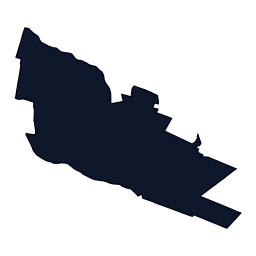 Ciumesti, Satu Mare, Romania
{"feature_id": "2599482B43227453478465", "entity_name": "Ciumesti", "entity_type": "district", "adm_level": 2, "iso_a3": "ROU", "parent_name": "Romania", "parent_adm1": "Satu Mare", "projection": "equal_earth", "projection_center": [22.322, 47.684], "detail": "fine", "context": "isolated", "style": "filled", "palette": "ink", "viewbox_px": 256, "rotation_deg": 0, "n_neighbors": 0, "source": "geoboundaries", "source_scale": "gbopen_adm2", "svg_char_len": 5487}
<svg xmlns="http://www.w3.org/2000/svg" viewBox="0 0 256 256"><path d="M235.9,168.9L228.5,165.8L226.7,165.1L222.9,163.5L213.1,159.4L212.8,159.4L210.4,158.3L208.2,157.4L207.9,157.3L205.7,157.1L200.9,157.1L201.2,156.9L201.6,156.8L201.9,156.6L202.2,156.4L202.4,156.1L202.6,155.7L202.7,155.3L202.6,155.1L202.6,154.9L202.3,154.8L201.7,154.5L201.0,154.2L200.5,154.1L200.0,153.8L198.2,152.6L197.8,152.3L197.6,151.9L197.6,151.7L197.9,150.8L198.3,149.8L198.3,149.4L198.2,149.1L198.0,148.9L197.6,148.7L196.6,148.1L196.3,147.8L196.3,147.6L196.3,147.2L196.5,146.8L196.7,146.5L197.0,146.2L197.5,145.9L198.0,145.7L198.5,145.6L199.0,145.6L199.3,145.4L200.4,143.9L200.6,143.6L200.6,143.4L200.6,142.9L200.6,142.5L199.4,139.5L198.6,137.0L197.9,135.0L197.7,135.7L197.5,136.3L197.5,136.8L197.7,137.1L197.7,137.6L197.6,138.1L197.3,138.8L196.8,139.5L196.4,140.3L195.9,141.3L195.7,141.6L195.2,142.1L194.6,142.6L193.9,143.0L193.2,143.4L192.8,143.7L191.9,144.1L164.3,131.1L165.9,128.2L171.4,118.5L159.7,114.0L159.3,114.0L157.2,113.3L156.4,113.0L156.5,112.8L156.9,110.0L157.0,109.9L157.6,110.1L157.7,109.2L152.6,108.0L154.4,103.0L154.5,102.8L154.8,102.8L158.1,103.7L158.3,102.4L158.0,99.5L157.2,95.6L156.8,95.4L150.9,92.5L144.7,89.9L134.0,86.2L133.5,87.1L132.5,88.2L132.0,90.4L131.5,94.7L132.8,94.5L133.0,96.1L131.7,96.4L130.7,96.6L129.7,96.5L128.8,96.4L126.0,95.5L121.9,94.6L123.5,101.5L120.8,102.1L116.9,102.8L115.5,103.1L110.7,103.9L110.5,93.7L110.4,92.8L110.0,91.2L109.6,89.7L109.2,88.6L108.8,87.8L108.3,87.1L105.6,83.3L105.1,82.5L104.1,80.0L103.9,78.9L103.8,78.1L103.7,77.2L103.4,75.5L103.2,75.1L103.0,74.3L101.6,71.8L101.4,71.8L100.8,71.5L100.3,71.1L96.2,67.2L95.8,66.8L95.4,66.6L91.9,65.8L90.3,65.3L88.7,64.7L88.1,64.3L87.7,64.0L86.9,63.4L86.1,63.0L85.2,62.6L82.8,61.4L82.0,60.9L81.3,60.7L79.0,60.5L78.1,60.3L77.1,59.9L76.2,59.5L75.6,58.9L74.8,58.2L74.3,57.6L72.4,55.0L71.8,54.3L71.3,54.0L70.6,53.7L68.6,53.3L65.8,52.9L65.1,52.9L64.3,52.7L62.6,52.4L61.3,52.0L60.5,51.6L59.4,50.9L58.4,50.1L57.5,49.2L56.6,48.5L55.8,48.2L55.0,48.0L54.3,48.0L53.3,47.9L52.5,47.7L50.2,46.9L47.9,46.0L45.0,44.3L44.2,43.9L43.1,43.5L42.5,43.2L41.8,42.8L41.0,42.1L40.4,41.4L39.7,40.3L39.2,39.3L38.7,37.9L38.4,37.1L38.0,36.7L37.5,36.1L36.7,35.5L35.7,34.8L34.4,34.0L32.4,32.5L30.6,30.7L29.7,29.9L29.1,29.3L28.2,28.5L26.1,28.3L24.9,28.1L24.1,30.6L22.9,34.3L22.5,35.8L21.9,38.1L21.0,41.4L20.3,43.6L19.2,47.2L18.3,50.1L17.8,52.2L16.8,55.0L16.2,57.3L18.5,57.9L19.6,58.2L21.1,58.6L21.1,59.9L21.0,61.3L20.8,62.4L20.5,63.4L21.1,65.0L20.8,66.4L20.6,67.9L20.5,68.8L20.4,69.7L20.1,71.3L20.0,72.1L19.9,73.4L19.6,74.4L19.4,75.7L19.2,77.0L19.0,77.9L18.9,78.7L18.5,80.9L18.1,82.9L17.7,85.3L17.4,87.7L16.9,90.0L16.7,91.3L16.4,93.6L15.9,96.6L15.7,97.4L15.4,97.8L16.2,98.5L18.6,99.1L19.5,99.1L21.6,98.9L22.6,98.7L23.0,98.6L23.7,98.7L23.7,98.9L24.8,99.1L27.1,99.8L32.1,101.5L33.8,102.0L33.9,103.1L33.9,104.3L33.9,104.9L33.9,105.8L33.8,106.4L33.9,107.5L34.4,108.8L34.5,109.1L34.5,109.8L34.5,110.5L34.5,112.0L34.4,115.4L34.2,119.4L34.1,121.0L34.4,121.6L34.6,122.2L34.8,123.7L35.1,125.7L35.1,126.2L35.3,127.6L35.4,127.9L35.7,129.7L35.8,131.0L35.8,131.8L35.7,132.4L35.7,133.1L35.7,133.9L35.7,134.1L35.9,134.4L34.2,134.8L32.2,134.6L29.8,134.3L26.3,133.7L26.3,134.7L26.3,134.9L27.4,137.0L28.6,139.4L29.6,141.5L31.6,145.5L32.8,148.7L33.1,149.5L33.5,150.4L33.8,150.8L35.6,153.2L35.8,153.6L36.9,154.8L37.5,155.2L39.3,156.4L41.2,157.6L43.6,159.1L44.2,159.4L44.9,159.8L46.9,160.7L47.5,160.9L48.6,161.3L49.5,161.4L51.3,161.8L51.6,161.8L52.7,162.6L53.2,162.9L53.5,163.0L54.1,163.1L55.9,163.2L56.5,163.3L58.2,163.2L59.0,163.0L60.4,162.7L61.5,162.7L63.8,162.8L65.9,163.0L66.3,163.1L67.2,163.4L68.2,163.7L68.5,163.9L68.9,164.3L69.8,165.1L70.7,165.7L71.1,166.0L72.9,167.6L73.8,168.2L74.3,168.6L74.8,169.0L76.8,170.0L79.1,171.1L80.9,172.0L82.7,173.5L83.4,174.1L84.7,174.8L89.8,177.4L91.8,178.3L92.6,178.7L94.0,179.2L94.9,179.5L96.8,179.8L99.7,180.2L102.0,180.5L103.3,180.7L105.4,181.2L106.8,181.6L107.5,182.0L108.5,182.4L109.9,182.9L111.5,183.4L112.8,183.6L114.0,183.8L115.6,183.9L116.9,184.0L117.8,184.1L118.9,184.3L119.1,184.3L119.6,184.3L120.1,184.4L120.6,184.7L120.9,184.8L121.2,185.1L121.7,185.6L121.9,185.8L122.3,186.1L122.7,186.3L123.5,186.5L124.8,187.1L125.0,187.2L126.2,187.6L127.0,187.9L128.1,188.1L129.1,188.3L129.9,188.4L130.2,188.6L130.7,188.7L131.1,188.9L131.4,189.1L131.7,189.3L132.6,190.3L133.7,191.4L135.5,193.1L136.1,193.6L136.6,194.1L138.0,195.8L138.9,195.5L139.5,195.2L141.8,193.8L142.7,196.9L143.0,198.2L143.6,198.3L144.2,198.5L148.8,200.1L150.8,200.8L152.5,201.4L155.4,202.7L157.6,203.6L161.4,204.9L164.6,206.1L169.4,207.8L171.5,208.6L175.5,210.1L178.8,211.3L179.3,211.4L180.8,212.0L180.7,212.1L184.0,213.3L186.5,214.2L190.3,215.6L192.6,216.1L193.5,214.5L197.0,215.9L199.3,216.8L202.1,217.9L203.9,218.6L205.7,219.4L208.6,220.6L210.5,221.4L213.1,222.4L214.1,222.8L217.7,224.3L219.6,225.1L221.9,226.1L223.0,226.6L224.9,227.3L225.2,227.4L226.6,227.9L226.9,227.9L227.1,227.7L229.1,225.6L230.3,224.3L231.1,223.4L233.3,221.0L235.2,219.0L236.9,217.2L239.0,214.8L239.4,214.4L240.6,213.1L237.0,211.7L233.5,210.2L231.0,209.1L223.9,206.2L214.6,202.4L203.9,198.0L199.8,196.4L199.6,196.2L203.3,193.4L205.0,192.2L207.2,190.5L208.5,189.5L211.1,187.6L213.1,186.1L214.5,185.1L216.5,183.6L217.0,183.2L217.4,182.7L217.9,182.4L218.5,182.0L219.3,181.5L220.7,180.3L222.0,179.4L223.8,178.1L225.7,176.6L226.8,175.7L228.6,174.3L229.4,173.8L229.6,173.6L230.4,172.9L232.1,171.6L233.6,170.5L235.2,169.4L235.9,168.9Z" fill="#0f172a" stroke="#020617" stroke-width="1.5"/></svg>